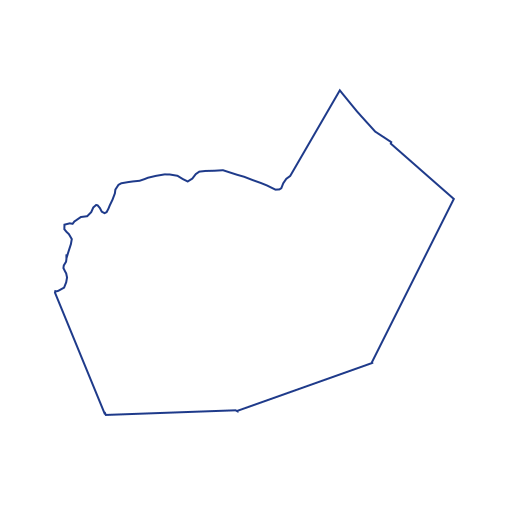 outline of Trou Cochon/Marc, Castries, Saint Lucia, rotated 261°
{"feature_id": "8701671B11660104738059", "entity_name": "Trou Cochon/Marc", "entity_type": "district", "adm_level": 2, "iso_a3": "LCA", "parent_name": "Saint Lucia", "parent_adm1": "Castries", "projection": "albers", "projection_center": [-60.959, 13.942], "detail": "fine", "context": "isolated", "style": "outline", "palette": "blue", "viewbox_px": 512, "rotation_deg": 261, "n_neighbors": 0, "source": "geoboundaries", "source_scale": "gbopen_adm2", "svg_char_len": 1296}
<svg xmlns="http://www.w3.org/2000/svg" viewBox="0 0 512 512"><g transform="rotate(261 256 256)"><path d="M406.5,364.7L329.7,302.3L327.5,298.0L323.6,294.3L319.0,291.6L318.1,289.5L318.5,285.6L324.0,277.8L327.3,272.3L331.5,264.6L336.1,256.7L339.2,250.0L343.2,242.1L345.9,236.8L346.7,228.4L347.9,219.4L348.2,213.2L346.3,209.3L342.4,205.2L340.3,200.2L343.4,195.8L347.5,191.0L350.0,183.6L350.9,178.4L350.8,169.6L350.2,161.5L349.4,158.0L348.5,152.8L348.9,146.2L349.0,141.4L348.9,134.3L347.8,131.3L343.6,127.5L339.9,126.4L334.1,123.1L328.9,119.5L325.9,117.7L322.7,115.3L322.0,113.1L323.9,110.6L327.8,109.3L330.8,107.5L331.4,106.1L329.4,102.9L325.1,100.1L321.7,95.5L321.9,89.1L318.5,82.0L316.5,79.9L317.4,77.1L316.9,71.7L312.4,70.9L309.5,72.6L306.9,74.6L301.5,76.7L296.6,75.0L290.9,72.1L287.3,70.3L285.4,69.4L287.2,69.0L282.7,68.3L280.1,67.5L279.7,67.2L276.8,64.7L274.2,63.9L270.7,65.0L268.5,65.8L264.3,66.0L259.7,64.4L254.8,61.5L253.3,57.4L252.5,55.2L252.3,53.2L252.7,52.3L252.2,52.1L251.3,51.7L124.3,81.8L124.5,82.3L122.5,82.8L112.3,166.6L106.8,211.7L105.5,213.4L106.0,213.5L132.2,354.1L133.1,354.0L281.4,460.3L345.9,406.7L346.5,407.0L347.3,407.4L360.2,393.2L371.5,385.8L376.0,382.9L377.0,382.2L383.1,378.3L391.3,373.5L403.5,366.4L406.5,364.7Z" fill="none" stroke="#1e3a8a" stroke-width="2"/></g></svg>